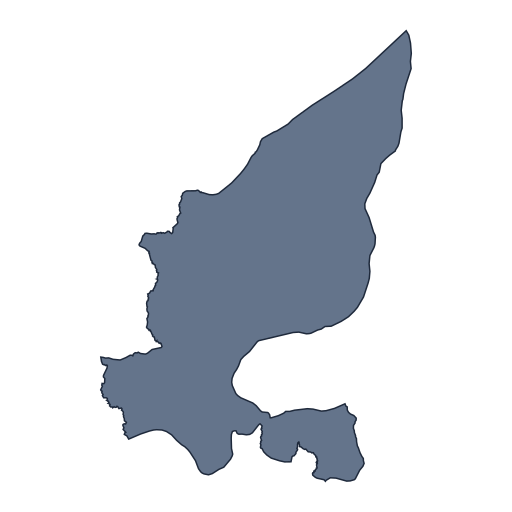 Khong Chiam, Ubon Ratchathani, Thailand
{"feature_id": "78962969B36497134874209", "entity_name": "Khong Chiam", "entity_type": "district", "adm_level": 2, "iso_a3": "THA", "parent_name": "Thailand", "parent_adm1": "Ubon Ratchathani", "projection": "orthographic", "projection_center": [105.428, 15.463], "detail": "fine", "context": "isolated", "style": "filled", "palette": "slate", "viewbox_px": 512, "rotation_deg": 0, "n_neighbors": 0, "source": "geoboundaries", "source_scale": "gbopen_adm2", "svg_char_len": 6120}
<svg xmlns="http://www.w3.org/2000/svg" viewBox="0 0 512 512"><path d="M325.4,481.3L326.1,480.3L330.3,477.8L336.0,478.1L346.7,481.1L350.2,480.9L354.3,479.7L355.3,478.8L359.7,470.2L362.9,466.3L364.1,463.4L363.4,460.7L363.3,458.4L361.9,456.5L360.0,452.7L358.3,447.7L357.4,446.0L356.6,441.9L356.4,438.4L355.6,437.0L355.5,435.4L354.4,432.6L354.3,430.8L353.4,428.3L353.5,425.4L355.0,423.1L355.1,421.6L356.1,420.2L356.2,418.1L353.8,415.5L350.4,414.0L348.5,412.3L347.3,410.1L347.2,406.9L345.8,406.0L345.0,403.8L334.5,408.4L326.1,410.7L321.4,411.1L313.0,409.1L307.4,408.7L294.5,410.2L289.8,411.4L285.7,411.4L283.7,413.2L278.3,415.7L271.2,417.8L270.2,417.8L269.6,414.7L268.3,412.9L267.6,412.5L262.2,412.0L260.5,410.8L256.2,405.7L252.8,403.0L240.8,397.8L237.6,395.5L235.8,393.5L232.3,385.6L231.7,382.3L232.1,378.3L234.1,373.2L236.6,369.5L238.5,365.9L240.8,359.6L243.8,356.3L249.5,351.5L257.1,341.9L258.6,340.7L293.1,332.5L298.8,332.1L306.4,333.8L309.2,333.6L311.0,333.2L317.7,330.0L321.2,329.1L325.0,326.5L331.2,326.2L341.1,321.4L348.5,316.7L354.1,311.3L357.4,307.4L363.5,297.0L368.1,283.0L369.3,278.4L369.9,271.4L369.1,263.6L369.9,255.5L373.9,247.7L374.5,246.0L375.0,243.9L375.4,237.3L375.1,235.3L373.5,232.0L369.1,217.6L365.0,208.6L364.8,203.8L366.8,198.4L369.9,193.1L374.7,182.4L377.0,175.0L379.2,172.2L380.9,163.6L385.8,158.5L389.7,155.1L395.3,151.0L395.5,150.0L397.9,146.2L399.0,143.1L400.9,131.8L402.1,128.1L402.1,118.3L401.2,110.3L402.3,100.8L402.9,99.2L403.6,93.6L406.0,84.1L411.1,68.6L410.4,61.4L411.3,53.5L410.5,43.1L408.8,35.2L406.2,30.7L365.8,68.4L352.4,79.0L333.3,91.8L312.4,105.1L292.6,119.5L288.2,124.0L276.8,131.0L273.8,132.1L262.3,138.6L260.5,141.6L259.8,144.8L257.2,150.2L256.2,151.7L255.2,152.3L255.1,153.3L252.3,155.7L251.1,157.4L247.6,164.2L243.9,169.4L240.3,173.8L231.6,183.0L218.7,193.4L216.2,194.3L212.7,194.8L209.2,194.6L202.9,192.7L200.8,192.5L201.0,192.0L200.0,192.0L198.5,190.5L197.4,190.2L195.5,190.8L186.8,190.9L185.3,191.4L182.7,193.3L182.3,195.3L181.2,196.5L181.8,198.6L180.5,202.0L179.6,202.9L179.5,204.4L179.0,204.8L179.3,206.9L179.9,207.1L179.5,209.9L180.7,213.1L180.0,213.5L178.6,215.9L177.3,216.7L177.6,217.6L177.0,218.7L177.1,219.8L177.9,222.6L177.4,223.6L172.9,227.7L173.2,228.6L172.7,232.5L171.7,233.6L169.7,232.3L169.4,231.5L168.5,231.3L167.4,231.3L166.9,232.1L164.5,233.3L163.3,232.7L161.6,233.2L161.5,232.7L160.8,232.4L160.1,232.9L158.3,232.8L158.0,233.2L157.2,232.8L156.4,233.9L155.5,234.1L154.2,233.8L151.3,234.0L146.8,233.2L145.0,233.4L144.4,234.5L142.8,236.0L141.2,241.5L139.9,242.9L139.1,244.4L139.2,245.2L140.0,246.1L145.1,248.3L147.7,250.8L149.1,251.4L148.8,253.0L149.5,253.3L149.4,254.2L151.0,260.3L152.0,261.0L152.0,262.7L152.6,262.8L152.5,263.6L153.6,263.8L154.2,264.6L155.2,265.0L155.4,267.5L156.8,269.5L156.4,270.6L156.8,271.1L156.7,272.1L158.5,272.9L158.0,273.9L158.2,275.3L157.3,277.0L157.3,279.0L156.9,279.1L157.6,279.4L157.6,280.6L156.8,282.3L155.5,283.4L155.6,285.4L154.9,286.0L154.8,286.9L153.1,289.8L153.2,290.7L150.7,291.0L149.5,293.2L147.7,294.0L148.2,295.4L147.8,296.2L148.6,297.8L148.3,298.4L148.5,299.0L148.0,299.8L148.1,300.6L147.1,301.2L146.6,303.3L147.0,306.5L147.4,306.8L146.9,308.9L147.1,311.0L148.2,312.5L148.5,313.4L148.3,315.3L147.8,316.0L148.1,316.7L146.9,318.6L147.6,322.0L147.2,325.2L146.5,327.1L147.2,328.3L148.9,329.5L149.0,330.2L149.9,329.9L150.5,330.4L150.3,331.2L151.3,332.1L151.8,333.9L152.7,334.8L152.5,335.9L153.4,336.8L154.3,337.0L155.0,340.3L155.9,341.0L156.7,340.6L156.5,341.6L157.7,341.5L159.1,343.2L160.1,342.9L160.4,343.6L161.1,343.5L162.0,346.5L161.3,347.5L152.1,349.5L147.4,353.3L145.4,354.1L140.5,353.5L138.2,352.2L137.1,352.9L135.2,352.7L133.5,354.0L132.8,355.8L132.1,355.3L130.2,355.2L125.9,357.6L120.2,360.0L113.0,359.3L108.7,357.9L105.5,358.1L103.2,357.4L100.8,357.1L101.5,361.5L102.6,364.2L104.2,364.9L104.5,364.6L105.9,365.6L106.8,365.0L107.4,365.8L107.0,368.1L103.5,375.4L103.4,376.9L104.8,378.5L104.6,382.6L103.8,383.7L102.1,383.4L101.8,385.2L102.4,386.2L100.7,389.9L101.2,390.7L102.1,391.2L101.8,392.3L102.0,393.1L103.1,394.5L102.4,395.6L103.7,397.8L106.3,397.8L107.4,398.5L107.4,398.8L107.9,398.7L107.3,398.9L107.2,399.8L107.6,400.4L106.9,400.5L108.7,401.9L108.9,402.6L108.2,403.3L109.0,403.4L109.4,404.2L110.0,404.4L109.4,406.4L109.9,405.9L110.6,406.9L112.3,407.0L112.7,407.8L114.1,406.7L115.1,407.4L116.3,407.2L116.9,406.3L117.7,406.6L118.9,408.6L121.3,408.0L121.8,408.4L122.0,409.1L121.5,410.1L122.8,411.2L123.4,412.2L123.1,414.5L123.7,415.5L123.5,416.7L124.3,418.6L124.4,420.7L126.4,422.3L125.6,424.0L124.2,423.8L123.0,424.5L122.9,425.5L123.9,427.8L123.1,429.4L125.8,432.3L124.8,432.9L124.3,434.4L126.9,435.9L128.7,439.1L140.6,434.0L149.5,431.0L153.6,430.0L156.6,429.7L162.0,430.0L166.5,431.5L171.6,434.8L176.6,440.3L181.6,444.7L184.8,446.7L187.7,449.4L190.0,452.2L195.5,460.7L198.5,468.7L200.7,471.8L202.1,473.0L204.0,473.9L208.5,474.8L212.3,473.6L219.0,469.3L223.8,467.2L230.5,459.2L232.2,455.9L232.7,454.1L231.5,448.6L231.2,438.0L231.4,434.5L232.4,431.5L234.3,430.8L236.0,430.8L237.2,433.4L238.7,434.2L242.1,434.1L246.3,434.8L249.7,434.4L252.4,432.8L258.5,425.0L259.6,424.0L260.2,423.9L262.1,426.0L261.6,427.5L261.9,428.2L261.0,429.1L262.3,431.6L261.9,432.3L262.3,433.8L261.5,434.6L261.6,436.0L260.9,436.4L260.6,437.5L261.6,440.5L260.7,441.3L260.9,442.2L260.3,443.5L260.9,444.9L260.4,447.3L260.9,448.2L262.1,448.6L263.7,451.8L266.8,455.0L271.2,458.1L279.6,460.8L284.7,461.9L291.0,461.8L292.0,456.8L292.7,456.1L294.0,455.8L295.9,453.6L295.9,452.3L297.5,449.9L297.6,449.2L296.9,448.6L297.5,446.6L297.5,444.4L297.9,442.7L298.8,442.0L299.2,443.0L298.8,443.7L299.5,444.7L299.5,446.6L301.0,446.9L303.0,448.6L304.6,449.4L305.8,449.1L308.2,451.8L310.6,452.0L312.0,453.0L312.7,452.6L313.4,452.7L314.2,454.3L315.7,455.5L315.8,456.9L316.7,457.0L316.8,458.3L317.3,459.0L317.0,459.9L317.6,460.6L317.4,461.6L316.8,461.5L316.2,462.4L316.5,463.0L317.2,462.7L317.4,463.4L316.5,464.9L317.1,467.9L316.3,468.1L316.1,469.2L315.1,470.1L315.2,470.9L314.5,470.9L314.3,471.4L313.8,471.3L313.9,472.6L312.8,472.8L312.5,473.7L312.8,475.2L315.3,477.3L317.1,478.2L324.0,479.7L325.4,481.3Z" fill="#64748b" stroke="#1e293b" stroke-width="1.5"/></svg>